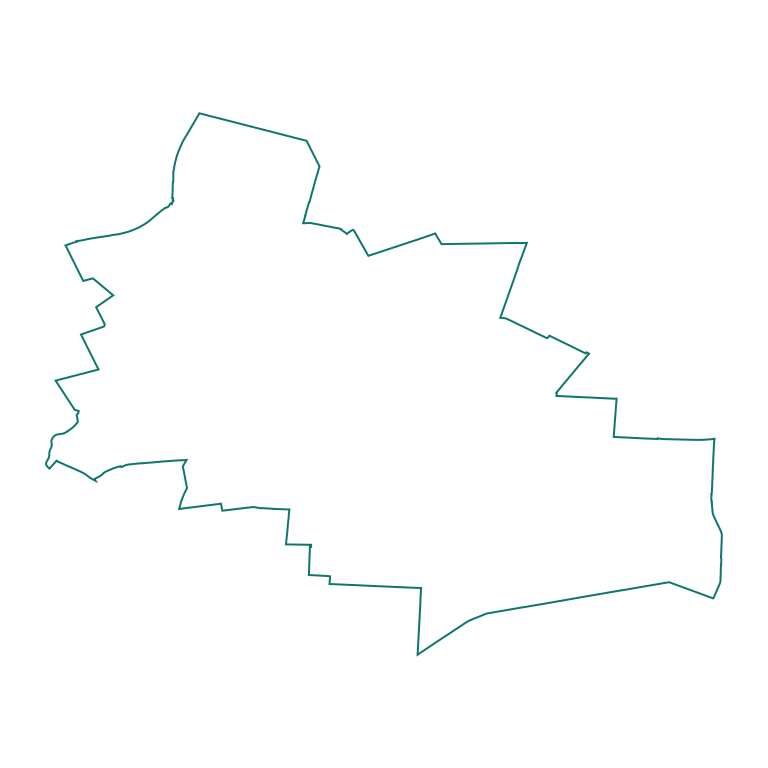 the district of Hoogeveen, Drenthe, Netherlands
{"feature_id": "6326949B96406683138196", "entity_name": "Hoogeveen", "entity_type": "district", "adm_level": 2, "iso_a3": "NLD", "parent_name": "Netherlands", "parent_adm1": "Drenthe", "projection": "equal_earth", "projection_center": [6.501, 52.728], "detail": "fine", "context": "isolated", "style": "outline", "palette": "teal", "viewbox_px": 768, "rotation_deg": 0, "n_neighbors": 0, "source": "geoboundaries", "source_scale": "gbopen_adm2", "svg_char_len": 5782}
<svg xmlns="http://www.w3.org/2000/svg" viewBox="0 0 768 768"><path d="M589.0,353.6L586.5,352.3L585.6,353.4L549.4,335.7L547.5,338.0L547.3,338.1L547.2,338.2L546.8,338.1L535.2,332.5L508.1,319.4L506.9,318.9L506.6,318.7L506.0,318.5L505.0,318.3L504.5,318.2L500.3,317.8L513.4,280.7L517.3,269.5L519.1,263.7L521.6,257.2L524.0,250.7L526.8,242.9L518.4,243.1L518.1,243.0L518.0,242.9L483.5,243.5L441.5,244.1L435.2,233.5L415.8,240.2L415.0,240.4L412.6,241.2L368.4,255.8L367.0,253.5L365.5,250.7L364.5,249.1L364.4,248.8L360.4,241.9L359.5,240.2L357.1,236.0L356.9,235.6L354.1,230.8L353.8,230.3L353.3,229.8L350.5,231.1L350.2,231.3L346.8,233.9L346.7,233.6L343.3,231.2L341.3,229.8L340.8,229.4L340.9,229.0L340.6,228.9L340.3,228.8L337.8,228.2L333.0,227.4L330.4,226.8L325.5,225.9L322.5,225.3L322.2,225.2L310.6,223.0L309.9,223.0L309.0,222.9L307.3,223.1L304.2,223.2L303.2,223.2L305.3,216.0L305.5,215.5L305.2,215.5L308.4,204.5L309.1,202.1L309.4,202.1L310.2,199.6L311.6,194.0L313.2,188.5L314.9,182.1L319.5,166.4L306.6,140.8L199.3,113.3L198.6,114.6L197.6,116.4L191.3,127.1L186.8,134.9L185.6,136.7L182.4,142.2L181.5,144.5L180.4,146.7L179.4,149.0L178.5,151.3L177.7,153.6L176.9,155.8L176.3,158.0L175.5,160.9L175.0,163.0L174.6,165.1L174.1,167.7L173.8,170.0L173.5,171.0L173.4,171.3L173.2,171.5L173.4,173.5L173.3,175.6L173.3,177.7L173.3,181.8L172.9,182.0L172.8,183.4L172.4,197.3L172.4,197.5L172.0,197.9L172.5,198.6L173.1,198.6L173.0,199.7L172.9,200.4L172.8,201.2L173.3,201.2L173.2,201.5L172.5,201.6L171.9,203.9L171.7,203.7L170.5,203.4L169.7,204.7L169.3,205.4L168.6,206.2L168.2,206.7L167.6,207.0L167.3,207.2L166.7,207.5L166.4,207.6L164.9,208.0L164.2,208.7L162.8,209.7L161.8,210.4L160.9,211.0L150.9,219.5L149.5,220.7L148.0,221.9L146.4,223.0L144.9,224.0L143.2,225.0L140.1,226.8L138.2,227.8L136.4,228.6L134.5,229.4L132.6,230.2L130.6,230.9L128.7,231.6L126.6,232.2L124.6,232.8L122.5,233.3L119.3,234.0L117.0,234.5L115.4,234.6L112.6,235.0L111.5,235.2L110.7,235.5L108.5,235.8L108.1,235.9L103.8,236.5L103.5,236.6L93.9,238.0L90.9,238.5L88.1,239.0L85.5,239.6L83.3,240.1L80.5,240.6L76.6,241.1L76.9,241.7L74.1,242.5L70.3,243.7L67.8,244.6L65.5,245.4L66.0,246.3L83.2,280.9L92.9,278.4L113.2,295.3L96.1,307.2L98.4,311.7L104.8,324.4L104.4,325.6L104.0,326.5L81.0,334.5L98.5,369.5L55.6,380.6L74.3,409.2L74.6,409.7L78.7,411.0L78.2,413.2L76.7,414.7L77.9,421.9L75.8,424.4L74.9,425.4L74.1,426.2L72.2,427.9L70.2,429.5L68.7,430.5L67.5,431.3L65.5,432.6L65.1,432.7L64.8,432.9L64.1,433.2L63.2,433.5L62.4,433.7L61.4,433.9L58.7,434.2L58.2,434.3L57.5,434.4L56.9,434.6L55.7,435.1L54.7,435.7L54.1,436.2L53.6,436.7L53.3,437.0L52.8,437.8L52.4,438.5L52.1,438.9L51.8,439.7L51.6,440.2L51.5,440.6L51.4,441.6L51.4,442.1L51.4,442.4L51.5,442.8L51.7,444.1L51.7,444.4L51.7,445.2L51.6,445.9L51.5,446.6L51.3,447.3L51.0,448.0L50.1,449.8L49.8,450.6L49.7,450.9L49.5,451.7L49.4,452.5L49.3,453.3L49.3,453.5L49.3,455.0L49.3,455.7L49.2,456.1L49.1,456.8L49.0,457.1L48.6,458.2L47.9,459.5L47.7,459.7L46.6,461.8L46.4,462.1L46.3,462.4L46.1,463.1L46.1,463.7L46.1,464.0L46.1,464.3L46.3,464.9L46.4,465.2L46.6,465.5L46.8,465.8L47.0,466.1L47.6,466.7L47.9,467.1L49.5,468.6L56.6,460.7L57.3,461.2L59.2,462.2L60.8,462.9L65.7,465.1L74.6,469.0L77.7,470.4L81.5,472.1L83.8,473.3L85.3,474.2L89.3,477.2L90.4,478.0L92.9,479.4L95.6,480.9L95.3,480.3L94.3,479.6L94.4,479.3L94.6,479.1L95.6,478.4L98.5,476.9L99.3,476.5L100.0,476.1L100.7,475.7L101.4,475.2L102.6,474.1L103.3,473.4L104.0,472.7L105.7,471.7L108.1,470.6L112.9,468.5L113.8,468.2L117.2,467.1L120.6,466.2L121.3,467.1L126.2,465.0L126.5,464.9L129.3,464.4L140.3,463.3L141.2,463.3L142.2,463.2L142.2,463.3L156.1,462.1L162.7,461.5L177.9,460.4L180.6,460.3L186.5,460.0L182.8,466.4L184.1,472.9L187.0,488.1L186.3,489.5L185.7,490.7L185.0,492.0L184.5,493.1L183.4,495.7L182.3,498.5L181.5,500.7L181.0,502.1L180.6,503.5L180.2,505.0L179.6,507.1L179.2,509.0L181.9,508.6L193.9,507.1L221.0,503.7L221.4,506.0L221.9,508.7L222.4,510.7L247.3,507.7L251.3,507.2L252.1,507.1L252.9,507.1L254.0,507.1L256.1,507.4L259.2,508.0L260.5,508.2L263.6,508.2L267.6,508.5L270.0,508.6L273.8,508.9L289.4,509.5L288.9,513.5L288.7,517.1L288.3,520.3L287.8,525.7L287.6,527.8L287.4,530.9L286.7,537.3L286.0,544.4L311.1,544.8L311.1,546.8L309.9,546.8L309.3,563.4L308.9,575.0L327.1,576.0L330.1,576.3L329.5,584.0L337.0,584.3L337.8,584.4L354.9,585.1L362.7,585.5L412.0,587.7L421.1,588.0L420.9,590.0L420.8,593.2L420.6,596.9L420.5,599.0L420.2,607.0L419.8,613.0L419.4,621.8L418.6,635.7L417.6,654.7L436.8,641.8L438.8,640.5L468.0,621.2L470.9,620.0L470.9,619.9L486.8,613.5L516.4,608.4L543.2,603.9L566.1,599.9L581.3,597.2L617.4,591.0L625.1,589.8L639.9,587.2L669.1,582.2L713.2,598.4L713.5,598.0L714.2,596.5L715.4,593.7L717.1,589.9L717.2,589.7L719.5,584.4L719.6,584.1L720.1,582.8L720.3,581.7L720.4,581.2L720.5,580.3L720.5,577.4L720.7,574.3L720.9,565.4L721.1,565.4L721.1,564.1L721.1,563.7L721.3,560.7L721.3,560.4L721.3,559.5L721.3,559.3L721.3,558.9L721.1,558.1L721.0,557.5L721.0,556.4L721.1,555.6L721.4,547.9L721.9,535.1L721.6,533.9L721.5,533.0L721.3,532.3L721.0,531.5L715.0,518.8L713.2,514.8L713.1,514.5L712.8,513.5L712.7,512.8L712.6,511.8L712.3,508.8L711.7,502.3L711.9,502.3L711.8,501.3L711.5,501.3L711.4,499.9L711.3,499.2L711.4,496.7L711.5,494.0L711.3,493.9L711.6,493.4L711.8,493.1L711.9,490.5L712.1,487.1L712.3,483.8L712.2,483.8L712.8,470.6L712.7,470.6L713.1,463.3L713.2,460.7L713.2,460.3L713.3,457.6L713.4,456.3L714.0,444.3L714.2,440.3L714.4,440.0L714.5,439.8L714.5,438.8L710.4,439.3L708.2,439.5L706.1,439.6L703.9,439.8L701.7,439.8L699.5,439.9L697.1,439.9L680.2,439.5L664.1,439.1L662.8,439.0L661.3,438.9L659.6,438.6L657.8,438.3L657.7,439.0L655.6,438.9L647.7,438.6L647.4,438.6L613.7,436.9L614.7,423.6L616.6,398.6L615.0,398.7L613.9,398.7L595.7,397.8L574.5,396.8L564.0,396.3L556.5,396.0L556.8,392.8L556.8,392.3L556.7,392.3L563.9,383.6L589.0,353.6Z" fill="none" stroke="#0f766e" stroke-width="2"/></svg>